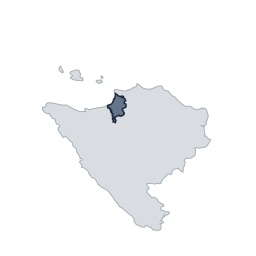 Valencia highlighted on a map of Spain, rotated 222°
{"feature_id": "ESP-5849", "entity_name": "Valencia", "entity_type": "Autonomous Community", "adm_level": 1, "iso_a3": "ESP", "parent_name": "Spain", "parent_adm1": "", "projection": "natural_earth1", "projection_center": [-1.049, 39.449], "detail": "fine", "context": "in_parent", "style": "filled", "palette": "slate", "viewbox_px": 256, "rotation_deg": 222, "n_neighbors": 0, "source": "natural_earth", "source_scale": "10m", "svg_char_len": 6311}
<svg xmlns="http://www.w3.org/2000/svg" viewBox="0 0 256 256"><g transform="rotate(222 128 128)"><path d="M136.5,67.8L136.5,68.4L137.6,69.5L140.8,70.2L141.6,70.7L141.5,72.2L140.7,73.5L141.4,74.1L142.2,74.1L143.1,73.0L143.3,73.7L144.8,74.4L148.1,75.6L150.4,75.8L152.8,78.2L156.6,77.7L160.1,80.0L163.4,79.5L164.1,80.0L169.2,80.0L169.5,78.1L170.1,77.4L178.9,80.0L180.0,81.6L179.8,82.4L180.3,84.3L181.5,84.2L183.8,83.2L186.8,84.5L187.6,85.7L188.2,85.8L190.5,84.6L196.6,86.0L196.8,85.1L197.3,84.8L199.8,84.0L200.9,83.8L204.1,84.4L204.5,85.5L205.2,85.9L205.5,86.9L203.6,87.4L203.4,89.0L204.6,90.4L204.8,92.7L201.5,95.7L192.2,100.9L189.1,103.9L182.1,105.5L174.9,107.8L170.6,111.9L171.7,112.2L173.0,113.6L172.5,114.2L170.7,115.2L169.0,115.5L165.8,120.5L161.5,125.7L159.8,128.1L156.4,134.2L156.4,136.0L158.1,142.0L159.1,143.6L160.5,145.0L163.1,146.1L163.7,147.3L162.8,148.3L160.2,150.2L155.7,152.8L153.8,154.8L153.4,156.8L152.1,157.7L151.6,160.4L149.8,164.2L149.6,165.3L151.0,166.6L149.7,167.5L142.7,167.8L138.3,170.8L136.2,173.5L134.2,178.4L131.8,181.3L130.7,181.9L129.1,180.6L127.1,180.4L125.1,180.8L124.0,181.8L122.4,182.4L120.8,181.9L117.4,181.6L115.9,181.7L113.5,182.5L111.5,182.0L108.0,181.7L100.5,182.3L99.6,182.7L96.2,186.0L92.6,186.1L89.3,187.4L87.1,190.6L86.6,192.4L86.0,192.0L85.5,192.1L85.2,193.4L82.9,194.3L80.4,193.2L78.3,191.6L77.2,191.5L75.4,189.0L74.7,187.4L74.1,185.6L74.1,184.4L72.5,183.7L72.2,182.2L73.4,180.1L74.9,179.0L73.5,179.1L72.4,180.4L71.1,178.3L65.8,174.1L66.1,172.7L65.2,173.8L64.5,174.1L61.8,173.9L58.5,174.4L57.3,167.4L58.2,165.0L61.9,160.2L64.1,159.5L65.1,157.1L63.0,157.2L59.9,152.4L60.8,148.0L64.1,144.7L64.7,143.4L64.8,142.2L64.2,141.3L62.5,140.8L60.7,137.3L60.3,135.1L58.9,133.9L57.7,131.8L58.8,131.4L63.4,131.4L64.5,130.9L65.4,129.4L66.3,127.1L66.6,125.6L64.8,123.5L64.7,123.1L65.0,122.4L67.9,120.1L67.3,118.4L67.8,114.8L67.7,112.7L67.4,110.9L66.5,108.7L67.1,107.8L68.6,107.0L69.8,105.2L71.5,103.7L73.7,102.4L76.4,99.8L76.0,98.6L75.1,97.9L72.0,97.4L71.7,96.8L71.8,93.9L71.0,92.8L69.9,92.9L68.1,92.4L67.7,92.7L65.4,92.6L63.9,92.1L63.2,92.5L63.0,93.6L60.3,94.6L58.9,94.6L56.4,93.7L53.7,94.0L53.3,93.8L51.0,94.9L50.2,95.0L49.2,93.6L50.6,91.5L49.5,89.5L48.8,89.4L44.4,90.9L41.8,92.8L40.7,93.0L40.4,92.7L40.3,90.0L43.1,87.1L41.4,86.9L41.5,86.1L42.6,84.8L41.5,83.8L41.6,80.9L39.2,81.8L38.6,81.7L38.6,80.5L40.2,78.2L38.6,77.9L37.5,77.0L36.1,75.1L36.1,74.1L37.0,71.8L39.1,70.7L41.1,69.0L43.9,69.4L48.2,68.0L49.6,67.3L49.6,66.3L49.1,65.6L49.6,64.9L53.0,62.9L55.1,62.7L57.2,61.7L58.5,62.4L59.8,62.2L61.2,62.9L63.0,64.6L65.6,65.3L67.8,64.8L78.9,64.6L82.0,63.8L84.4,64.8L89.1,65.3L91.9,66.2L99.8,67.7L102.6,67.7L108.3,66.2L109.9,66.6L112.1,65.9L113.2,66.0L114.6,67.1L119.6,68.4L121.0,67.3L121.9,67.0L125.5,67.7L129.2,69.2L131.1,69.3L133.8,68.9L136.5,67.8ZM203.9,129.6L205.3,130.1L206.6,129.6L207.4,129.8L208.1,130.1L208.3,131.2L205.4,136.5L203.1,138.0L200.7,136.8L199.3,136.5L198.9,136.1L198.5,134.4L197.9,133.8L197.0,133.6L195.2,134.9L194.6,134.0L193.7,133.9L193.4,133.3L193.4,132.6L199.0,128.5L200.6,127.5L204.1,126.5L204.6,126.6L204.2,127.3L204.6,127.9L203.9,129.6ZM219.9,127.4L219.4,128.9L215.1,126.9L213.8,126.7L213.4,126.4L213.6,124.9L216.4,124.7L218.7,125.4L219.9,127.4ZM180.8,144.5L180.3,145.6L178.2,145.2L177.7,144.8L178.2,143.6L178.8,143.4L178.8,142.6L179.4,141.7L182.4,141.0L183.1,141.6L183.2,142.5L181.5,144.3L180.8,144.5ZM182.9,148.7L182.6,149.0L180.3,148.8L180.2,148.1L180.7,147.1L181.5,148.1L182.9,148.2L182.9,148.7Z" fill="#d9dde1" stroke="#a8b0b8" stroke-width="1"/><path d="M158.2,130.9L158.2,131.0L158.1,131.4L158.0,131.7L157.9,131.9L157.6,132.3L157.4,132.6L157.2,132.9L157.1,133.1L157.0,133.4L156.6,134.0L156.5,134.3L156.4,134.9L156.4,135.7L156.5,136.5L156.8,137.6L157.6,139.4L157.8,139.7L158.0,140.0L157.8,140.1L157.6,140.3L157.7,140.6L157.8,141.2L158.0,141.8L158.4,142.4L158.8,143.1L159.3,144.0L159.5,144.2L160.0,144.6L160.5,145.1L157.8,145.6L156.7,145.2L155.2,146.2L152.8,146.6L153.2,147.3L153.4,147.2L153.6,147.2L153.8,147.3L154.0,147.5L152.5,148.4L152.2,148.2L150.9,147.4L150.7,147.3L149.7,147.6L149.2,147.1L148.9,147.0L148.6,147.1L148.3,147.0L148.1,146.8L148.3,146.7L148.3,146.4L148.4,146.2L148.2,145.6L148.3,145.2L148.2,144.9L147.8,144.2L147.6,144.0L147.3,144.0L147.2,144.0L146.9,144.1L146.7,144.2L146.3,144.2L145.9,144.3L145.5,144.3L145.3,144.2L145.1,144.0L143.8,142.5L143.7,142.3L143.6,142.0L143.6,141.9L143.6,141.7L143.7,141.4L143.9,141.1L144.0,140.7L144.2,140.4L144.3,140.3L144.4,140.2L144.5,139.9L144.6,139.7L144.7,139.3L144.8,139.1L144.8,138.8L144.7,138.7L144.8,138.4L144.9,138.2L144.8,137.9L142.9,137.3L142.7,137.3L141.9,136.9L141.6,136.8L141.4,136.8L141.2,136.8L141.0,136.7L141.0,136.4L140.9,136.4L140.8,136.2L140.7,136.2L140.5,135.9L140.3,135.9L140.2,135.7L140.1,135.4L140.2,135.2L140.3,135.0L140.2,134.8L140.3,134.7L140.3,134.3L140.3,134.2L140.3,133.9L140.3,133.7L140.4,133.4L140.5,133.3L140.7,133.2L140.8,133.0L141.3,132.1L141.4,131.9L141.7,131.6L142.0,131.4L142.3,131.4L142.6,131.5L142.8,131.6L143.1,131.6L143.3,131.5L143.4,131.4L143.5,131.3L143.6,131.2L143.5,130.8L143.5,130.7L143.5,130.4L143.9,129.8L144.0,129.6L144.2,129.2L144.4,128.3L144.5,128.0L144.5,127.8L144.5,127.5L144.5,127.4L144.4,127.1L144.4,126.9L144.5,126.8L145.0,126.6L145.2,126.4L145.4,126.6L145.7,126.5L145.9,126.5L146.1,126.4L146.5,126.3L146.9,126.4L147.2,126.3L147.3,126.4L147.6,126.4L148.2,126.7L148.4,127.0L148.5,127.1L148.4,127.3L148.4,127.5L148.5,127.8L148.5,128.0L148.5,128.3L148.7,128.5L148.9,128.5L149.1,128.5L149.3,128.5L150.0,128.1L150.3,128.2L150.8,129.0L151.1,129.1L151.4,128.5L151.9,128.8L152.1,129.5L152.1,129.8L152.0,130.0L152.2,130.3L152.4,130.3L152.7,130.2L152.9,130.1L153.1,129.7L153.6,129.5L154.3,130.6L154.6,130.7L155.0,130.6L155.3,130.3L155.7,129.7L156.2,129.4L156.6,129.6L157.2,130.2L158.2,130.9ZM143.1,122.5L143.3,122.8L143.4,123.1L143.5,123.2L143.6,123.3L143.8,123.4L143.8,123.5L143.9,123.8L144.0,123.9L144.3,124.0L145.1,124.1L145.5,124.3L145.9,124.7L146.1,124.8L146.1,125.0L146.0,125.3L145.9,125.4L145.3,125.7L145.0,125.8L144.7,125.8L144.4,125.9L144.1,125.9L144.0,126.0L143.9,126.0L143.7,126.0L143.3,125.9L142.4,125.7L142.1,125.7L141.6,124.5L141.6,124.3L141.5,124.2L141.2,123.9L141.0,123.7L141.1,123.4L141.8,123.6L142.2,123.6L142.5,123.5L142.8,123.4L142.8,123.2L142.8,122.9L142.9,122.6L143.1,122.5Z" fill="#64748b" stroke="#1e293b" stroke-width="1.5"/></g></svg>